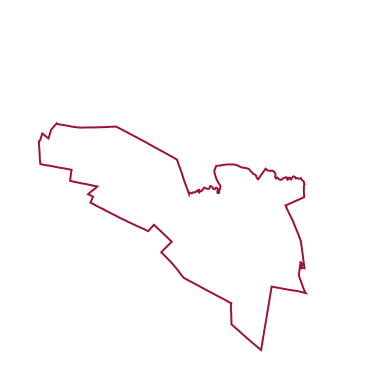 Deta, Timis, Romania, rotated 219°
{"feature_id": "2599482B38114576431815", "entity_name": "Deta", "entity_type": "district", "adm_level": 2, "iso_a3": "ROU", "parent_name": "Romania", "parent_adm1": "Timis", "projection": "natural_earth1", "projection_center": [21.242, 45.402], "detail": "fine", "context": "isolated", "style": "outline", "palette": "rose", "viewbox_px": 384, "rotation_deg": 219, "n_neighbors": 0, "source": "geoboundaries", "source_scale": "gbopen_adm2", "svg_char_len": 5985}
<svg xmlns="http://www.w3.org/2000/svg" viewBox="0 0 384 384"><g transform="rotate(219 192 192)"><path d="M291.6,195.2L292.9,194.4L296.9,191.0L297.7,190.2L298.4,189.5L300.7,187.5L305.3,183.5L307.0,182.1L309.0,180.3L310.4,179.1L310.5,179.1L310.9,178.7L311.3,178.6L312.3,177.7L317.9,172.9L319.5,171.7L319.9,171.4L321.5,170.2L322.7,169.5L322.8,169.5L323.9,168.8L325.5,167.8L329.3,165.7L330.7,165.0L335.1,162.5L337.8,161.0L339.2,160.2L340.3,160.3L340.3,159.6L340.6,155.8L340.7,152.2L340.7,151.9L340.5,151.2L339.6,149.0L338.4,146.3L337.2,143.3L341.9,143.3L345.2,143.3L344.0,140.4L343.0,137.8L342.7,137.0L342.7,136.9L342.6,136.5L342.6,136.2L342.7,135.5L342.7,135.2L342.9,134.9L341.8,133.8L340.6,132.4L338.5,130.2L335.7,127.1L332.9,124.1L331.0,121.8L327.5,118.3L324.6,119.7L323.3,120.4L321.7,121.3L319.9,122.4L317.0,124.0L314.7,125.2L311.1,127.1L307.9,128.9L306.0,130.0L304.5,130.8L301.4,132.5L300.2,133.1L299.5,133.4L296.5,128.2L295.3,126.4L293.8,124.0L290.7,125.4L286.3,127.7L284.3,128.7L280.9,130.6L277.1,132.6L272.7,134.8L269.2,136.7L269.3,135.0L269.8,132.6L270.0,131.6L270.1,131.0L270.4,130.5L270.7,128.9L271.3,124.9L268.0,125.7L266.0,126.1L265.0,122.7L264.2,119.8L263.9,119.9L261.8,120.3L259.1,121.0L257.6,121.0L256.7,121.3L254.2,121.8L249.7,123.0L248.9,123.1L248.9,122.9L246.6,123.4L246.2,123.5L239.9,124.8L237.3,125.4L232.8,126.3L230.9,126.7L229.6,127.0L228.3,127.4L225.5,128.1L225.1,128.1L223.2,128.5L220.4,129.2L216.1,130.3L213.9,130.8L212.4,131.2L206.1,132.9L203.4,133.5L201.4,134.0L201.3,137.1L201.1,139.3L201.0,141.2L201.0,142.5L195.9,142.2L190.7,141.8L187.7,141.6L186.4,141.4L182.1,141.1L179.1,140.8L176.5,140.6L176.6,139.1L176.8,137.4L177.6,130.3L177.8,128.3L177.9,125.8L176.0,125.6L172.9,125.3L169.6,124.9L167.2,124.6L163.4,124.1L159.6,123.5L158.8,123.3L156.4,122.8L151.1,121.6L146.9,120.5L145.6,120.2L144.4,120.1L140.1,120.9L139.6,121.0L137.3,121.4L132.4,122.4L129.3,123.0L126.5,123.5L125.3,123.7L124.1,123.9L123.3,124.1L120.4,124.6L118.9,124.9L117.3,125.2L117.1,125.2L115.7,125.5L113.6,126.0L111.5,126.4L109.3,126.8L106.7,127.3L103.7,127.9L101.9,128.3L99.4,128.8L98.1,129.0L93.1,129.8L91.7,130.5L91.2,129.5L90.9,129.0L90.0,127.9L88.5,126.1L87.1,124.4L85.8,123.1L85.0,122.2L81.7,118.3L79.6,115.9L78.7,114.7L78.3,114.2L78.1,114.0L74.0,113.8L71.7,113.7L68.3,113.6L67.0,113.5L64.4,113.4L63.3,113.3L59.9,113.2L59.6,113.2L59.4,113.1L55.0,113.0L51.6,112.9L48.0,112.8L47.1,112.8L45.6,112.8L44.5,112.7L44.3,112.7L44.0,112.8L43.7,112.8L41.5,112.7L40.0,112.7L38.8,112.7L39.5,113.9L42.7,119.4L50.4,133.0L51.2,134.5L56.1,143.1L61.6,152.8L64.2,157.4L70.6,168.6L59.2,174.8L53.5,177.9L49.1,180.6L47.3,181.6L40.0,185.0L41.6,185.5L46.0,188.0L56.5,194.4L57.0,195.1L62.3,203.8L63.5,205.7L62.9,205.8L62.1,205.7L61.3,205.4L60.9,205.2L60.7,205.0L60.5,204.7L60.3,204.3L60.3,204.2L60.3,203.9L60.3,203.4L60.3,202.9L60.2,202.5L59.9,201.8L59.6,201.4L58.9,201.4L58.7,201.7L58.6,202.0L58.5,202.3L58.4,202.6L58.1,202.8L57.7,203.0L57.4,203.1L56.9,203.3L56.6,203.5L64.4,210.9L64.8,211.5L65.3,211.8L70.4,216.6L76.8,222.6L77.2,222.6L77.7,222.9L78.7,223.7L79.1,224.0L79.6,224.1L79.9,224.2L83.4,226.4L85.3,227.4L91.8,231.0L92.9,231.5L94.9,232.8L95.6,233.1L108.8,239.2L108.7,239.4L110.9,240.4L108.0,245.9L106.3,249.4L104.6,252.6L101.6,258.6L102.5,259.6L103.9,261.2L105.3,262.6L108.7,266.9L109.3,268.0L109.4,268.9L109.9,269.0L110.4,269.4L110.8,269.8L111.7,270.4L112.8,270.6L113.2,270.5L113.7,270.5L114.1,270.5L116.1,271.3L117.0,269.8L117.5,269.4L119.2,269.0L119.6,268.3L119.8,267.9L121.6,268.5L122.1,268.4L123.0,267.9L123.2,267.5L123.0,266.8L123.0,266.3L123.1,265.6L123.0,265.0L122.9,264.4L122.9,264.1L123.3,264.0L123.8,264.2L124.1,264.4L124.6,264.7L125.2,264.7L125.5,263.9L125.6,263.5L125.2,262.6L125.2,262.4L125.4,262.0L125.7,261.6L125.9,261.6L126.4,262.5L126.7,262.9L128.2,262.7L128.4,262.3L129.9,259.8L130.1,258.9L130.3,257.9L130.4,257.6L130.6,257.3L131.0,257.1L131.7,256.7L134.9,256.8L134.9,256.5L134.9,255.9L135.1,255.6L135.3,255.3L137.1,256.2L137.2,256.9L138.4,258.4L138.7,258.6L139.3,258.8L140.7,259.4L141.6,259.4L142.4,259.3L143.2,259.0L144.4,257.7L146.7,256.4L147.2,256.2L148.6,256.4L149.5,256.4L148.6,243.5L148.9,243.5L149.5,243.5L150.4,243.7L150.8,243.9L151.4,244.3L152.0,244.7L152.6,244.9L153.1,245.2L154.3,245.1L155.1,244.7L155.6,244.6L155.9,244.6L157.7,245.0L158.5,245.1L159.3,245.1L159.9,245.1L160.6,245.3L161.4,245.6L162.4,245.7L164.4,244.9L164.7,244.6L165.0,244.4L165.4,244.3L165.7,244.2L165.9,244.1L167.4,243.3L168.9,242.3L174.5,241.0L175.6,240.4L176.5,239.9L178.1,238.7L180.0,237.2L182.6,235.0L185.4,231.9L186.4,230.7L187.2,229.9L189.6,227.5L188.0,222.4L186.8,221.4L186.2,220.9L184.6,219.7L181.1,217.4L177.3,215.8L174.1,214.8L173.7,214.6L172.9,213.2L172.0,211.7L172.5,211.1L172.0,210.1L171.3,209.6L171.0,209.4L170.7,209.0L170.5,208.4L170.5,208.1L170.8,207.7L171.0,207.5L171.4,207.4L171.8,207.5L172.1,207.7L172.8,208.7L173.3,209.5L173.6,210.2L174.3,210.7L175.3,210.8L176.0,210.5L176.3,209.8L176.1,209.0L176.1,208.7L176.3,208.4L176.6,208.0L176.9,207.8L177.2,207.8L177.9,208.0L178.6,208.3L179.4,208.6L180.5,208.6L181.4,208.1L181.6,207.5L181.1,206.7L180.7,206.2L180.7,205.9L180.8,205.5L181.1,204.9L181.5,204.4L181.9,204.2L182.4,204.0L182.9,203.8L183.4,203.6L184.2,203.6L185.0,203.4L185.3,202.9L185.2,202.1L185.3,201.5L185.2,201.1L185.2,200.0L185.1,199.7L185.2,199.3L185.2,199.0L185.2,198.5L185.4,198.1L185.7,197.9L186.2,197.8L186.5,197.7L187.5,198.2L188.3,198.0L188.3,197.4L187.4,196.8L186.8,196.5L186.5,196.3L186.4,196.2L186.9,196.1L187.7,196.2L188.6,196.2L189.0,195.8L189.2,194.8L189.1,194.3L189.2,194.0L189.4,193.7L190.2,193.1L190.7,192.8L191.0,192.3L191.0,191.4L191.1,191.0L191.3,190.8L191.8,190.6L192.9,190.5L193.5,189.8L193.3,189.1L193.0,188.5L196.7,190.8L197.9,191.5L205.2,195.9L207.5,197.3L208.4,197.9L210.1,199.1L210.8,199.6L213.6,201.3L215.2,202.3L219.3,204.7L221.3,206.0L222.2,206.6L223.3,207.2L224.2,207.7L228.1,207.1L238.7,205.2L255.7,202.1L258.7,201.7L264.0,200.6L271.0,199.3L275.1,198.5L285.7,196.4L288.7,195.8L291.6,195.2Z" fill="none" stroke="#9f1239" stroke-width="2"/></g></svg>